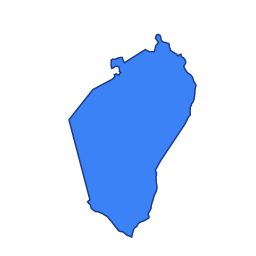 Croatá, Ceará, Brazil (Natural Earth projection), rotated 295°
{"feature_id": "56859067B24507433610360", "entity_name": "Croatá", "entity_type": "district", "adm_level": 2, "iso_a3": "BRA", "parent_name": "Brazil", "parent_adm1": "Ceará", "projection": "natural_earth1", "projection_center": [-40.941, -4.378], "detail": "fine", "context": "isolated", "style": "filled", "palette": "blue", "viewbox_px": 256, "rotation_deg": 295, "n_neighbors": 0, "source": "geoboundaries", "source_scale": "gbopen_adm2", "svg_char_len": 2060}
<svg xmlns="http://www.w3.org/2000/svg" viewBox="0 0 256 256"><g transform="rotate(295 128 128)"><path d="M30.7,177.4L35.7,176.4L37.8,176.0L39.3,176.0L40.7,176.4L41.9,177.2L43.5,177.6L45.5,177.7L47.1,178.4L48.8,179.8L50.4,181.5L51.6,182.5L53.7,183.7L55.6,185.0L56.8,184.3L57.8,182.9L59.8,182.5L61.9,182.7L63.6,182.9L65.4,182.7L67.3,181.9L70.1,181.4L72.2,181.2L74.8,180.7L76.7,180.5L78.8,180.2L81.2,180.3L83.4,180.2L85.6,179.8L86.9,179.0L88.2,178.3L89.8,177.2L91.3,176.2L94.2,174.8L95.6,174.0L97.4,173.7L99.3,172.8L101.3,170.6L111.7,171.3L152.0,177.4L153.4,177.6L154.9,177.8L156.9,178.0L158.9,177.9L160.6,178.2L162.6,177.9L164.1,178.4L166.3,178.9L167.5,178.2L169.1,177.4L170.7,176.7L173.1,175.7L175.3,175.8L177.0,175.4L178.7,175.9L180.7,175.8L182.9,175.5L185.1,174.7L187.6,174.0L190.1,172.9L192.9,172.1L195.6,171.6L197.1,169.4L198.4,167.5L199.7,166.4L201.2,165.1L202.6,162.4L202.9,160.3L203.3,158.3L204.2,156.6L205.2,155.4L206.2,153.8L207.8,152.3L210.8,152.9L212.7,152.2L214.2,150.6L215.0,148.7L215.1,146.5L217.2,144.8L216.2,143.6L214.5,142.9L215.6,140.1L215.6,138.1L216.1,135.5L216.2,133.8L217.8,132.6L219.3,131.0L220.6,130.3L221.8,129.3L221.5,127.4L221.4,125.7L220.6,123.4L221.6,121.1L223.2,119.9L225.3,118.2L225.7,116.2L224.6,114.6L222.6,114.6L220.9,115.0L220.0,116.8L219.1,118.2L218.1,119.4L216.7,119.1L214.8,118.5L211.8,118.9L210.4,119.3L208.4,119.5L207.0,117.2L206.3,114.9L206.1,112.2L206.5,110.6L188.3,98.9L185.7,97.3L186.6,95.7L188.1,94.2L189.5,93.1L188.8,91.5L187.3,89.4L185.7,88.2L184.6,86.7L183.8,84.9L182.3,84.0L180.5,85.1L178.2,85.9L176.4,87.1L175.2,88.0L176.1,89.2L178.1,90.1L179.5,92.2L179.4,94.2L177.1,95.7L175.6,96.3L175.2,98.1L173.8,97.4L171.8,97.4L172.2,94.5L170.5,93.0L169.2,94.5L165.5,93.1L148.1,80.0L124.4,74.3L122.3,73.8L110.5,71.0L46.9,123.8L44.1,122.5L43.2,124.1L42.5,126.2L39.5,128.9L38.5,133.8L39.4,135.7L39.6,141.6L39.2,143.9L39.1,145.8L38.4,148.2L37.1,150.4L36.5,152.3L33.7,157.3L31.7,161.6L30.9,163.0L31.1,165.2L31.7,167.5L30.9,170.6L30.3,172.3L30.7,174.8L30.7,177.4Z" fill="#3b82f6" stroke="#1e3a8a" stroke-width="1.5"/></g></svg>